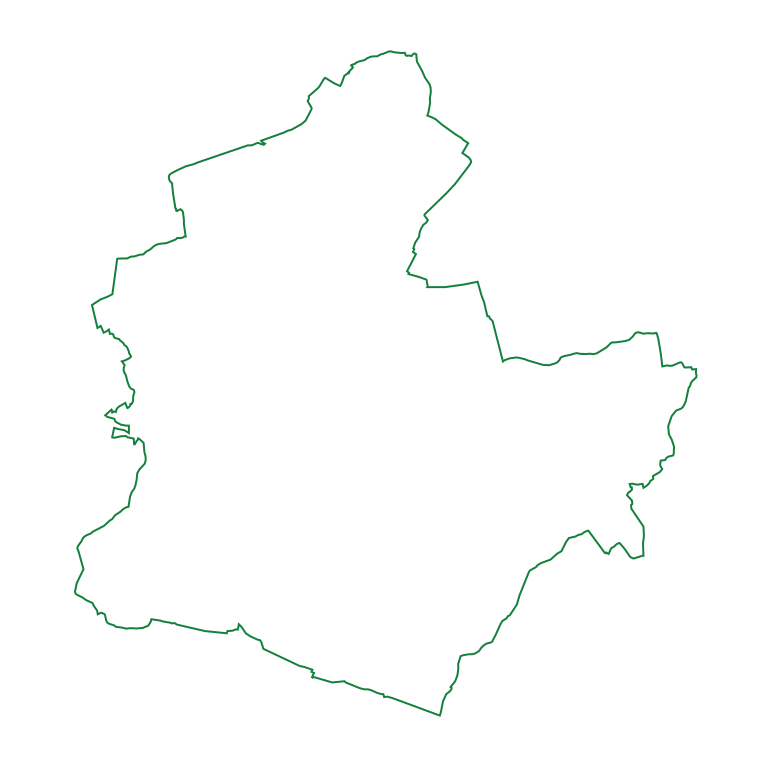 the district of Ivanesti, Vaslui, Romania, rotated 89°
{"feature_id": "2599482B31711586235741", "entity_name": "Ivanesti", "entity_type": "district", "adm_level": 2, "iso_a3": "ROU", "parent_name": "Romania", "parent_adm1": "Vaslui", "projection": "equal_earth", "projection_center": [27.444, 46.655], "detail": "fine", "context": "isolated", "style": "outline", "palette": "green", "viewbox_px": 768, "rotation_deg": 89, "n_neighbors": 0, "source": "geoboundaries", "source_scale": "gbopen_adm2", "svg_char_len": 6088}
<svg xmlns="http://www.w3.org/2000/svg" viewBox="0 0 768 768"><g transform="rotate(89 384 384)"><path d="M609.3,674.2L607.8,671.1L607.8,670.4L609.1,667.7L610.0,667.0L615.6,665.9L617.6,664.9L618.7,663.6L620.8,657.7L622.1,656.3L623.0,650.1L624.1,646.1L623.7,642.0L624.1,635.7L623.7,629.6L622.1,625.2L621.3,623.7L617.0,621.1L615.1,620.7L616.7,611.5L617.6,609.1L618.6,603.9L618.6,602.7L619.6,600.6L619.4,597.4L620.9,595.4L627.9,567.3L630.5,545.6L628.3,544.8L628.0,539.8L626.8,536.4L627.0,534.4L621.7,533.3L624.5,530.6L631.0,526.4L634.2,521.6L637.4,514.8L638.0,512.4L640.2,511.1L646.7,509.2L664.5,473.2L665.5,468.7L668.4,460.6L670.5,461.5L671.7,459.0L675.9,461.1L676.4,460.5L675.9,459.0L681.5,441.0L680.5,428.7L681.9,427.2L687.8,413.2L688.9,409.1L689.0,405.4L689.7,402.7L692.6,396.5L694.0,392.2L694.1,390.1L697.0,389.3L696.6,386.4L698.1,381.3L716.5,334.0L712.9,332.8L702.5,330.6L695.2,327.2L692.6,323.7L690.1,321.8L688.9,321.7L688.1,322.7L682.7,318.2L679.6,316.8L676.2,315.6L670.3,314.7L665.1,314.7L657.5,312.2L656.6,309.8L655.7,304.1L655.7,300.1L654.8,297.2L652.7,293.7L648.9,290.9L646.8,288.5L645.4,286.1L644.3,281.6L643.5,280.4L636.7,276.7L625.7,271.5L622.9,269.7L620.6,265.7L618.2,264.0L617.5,262.3L606.8,255.0L597.5,252.1L574.7,242.5L572.8,241.1L569.8,235.3L567.6,233.3L565.6,229.7L562.5,220.6L556.6,213.7L554.3,209.5L545.1,204.7L541.2,201.8L539.9,195.4L538.2,192.1L537.7,189.2L535.7,186.4L534.2,183.0L534.2,182.2L556.8,166.1L556.4,164.9L557.1,164.5L556.8,164.0L557.8,162.4L552.1,159.6L550.7,157.0L547.8,153.7L547.1,151.2L553.3,146.1L561.3,140.8L562.6,138.3L562.8,137.2L560.2,128.5L560.3,127.6L548.1,127.8L540.6,126.8L531.2,127.0L512.9,138.9L509.4,139.1L508.2,137.8L504.9,138.1L499.4,143.0L496.7,141.5L495.8,139.8L493.8,137.9L491.6,138.1L491.5,139.2L488.3,140.1L488.0,137.6L489.1,132.6L488.4,127.2L492.3,126.4L490.7,123.6L488.1,120.7L485.8,119.6L483.7,116.5L480.7,116.6L476.8,109.7L473.8,107.3L471.0,109.0L468.9,109.3L465.4,108.6L465.0,104.3L462.7,102.8L461.5,100.7L460.5,96.3L459.3,95.6L451.8,95.1L444.6,97.3L439.5,99.9L431.3,100.6L421.3,97.0L416.2,92.9L415.4,91.8L413.9,87.5L412.5,85.8L409.9,84.1L406.3,82.5L393.3,79.5L391.1,77.9L388.4,77.1L386.8,76.1L382.7,71.6L380.7,71.4L378.2,72.0L374.6,71.7L374.8,75.7L372.6,76.5L372.8,82.6L372.4,83.5L368.4,85.5L367.5,86.5L367.6,87.9L370.6,95.0L370.9,98.1L370.3,100.1L371.3,105.4L358.7,106.7L344.0,108.9L338.5,110.3L337.6,111.0L338.2,113.5L337.8,119.6L338.2,123.9L336.8,128.3L336.8,130.1L337.7,132.1L341.0,134.5L344.1,138.1L345.2,141.7L346.4,151.3L346.4,155.1L347.2,156.7L351.2,160.8L357.1,170.8L357.8,174.2L357.3,177.5L357.6,181.8L357.2,187.6L356.5,190.5L356.8,192.7L358.0,196.7L359.2,203.1L360.2,206.1L361.1,207.2L362.8,207.9L365.4,210.3L366.7,213.6L368.1,218.6L367.6,225.0L362.9,239.9L361.7,242.7L360.0,249.2L359.8,251.5L360.5,257.7L362.3,262.9L363.6,264.7L323.1,274.3L321.5,275.6L320.5,276.9L318.1,277.9L318.0,279.5L304.0,282.5L297.7,284.8L283.4,288.6L285.9,302.1L288.2,321.0L287.9,339.0L287.3,338.6L280.4,339.7L277.6,347.2L274.5,357.6L273.2,357.0L271.7,359.0L254.6,349.8L252.6,352.7L249.7,351.4L249.0,352.3L243.4,350.5L237.6,346.5L232.7,345.6L229.1,344.1L225.5,341.9L223.6,339.1L220.8,337.3L216.3,340.6L215.2,340.5L194.5,318.4L185.4,309.6L167.0,295.0L164.1,293.2L162.8,293.1L161.1,293.7L159.2,295.1L154.4,301.6L144.6,295.6L141.3,300.6L139.7,301.8L136.1,307.5L126.2,320.9L120.2,327.7L118.0,331.9L116.4,336.0L113.1,334.8L103.9,333.0L99.7,333.2L92.9,332.1L88.6,332.2L84.8,333.4L78.3,337.7L72.0,340.3L62.1,345.5L54.8,346.0L54.0,347.9L54.6,349.0L56.5,350.6L56.0,353.7L56.3,355.7L55.4,356.7L53.2,357.4L53.4,360.4L52.6,367.6L51.5,371.5L51.7,373.6L53.9,379.2L54.1,380.9L56.2,385.0L56.3,390.3L56.8,392.3L58.1,395.3L59.8,397.9L61.1,403.5L62.4,406.4L63.1,406.9L64.5,411.1L64.9,411.3L66.0,410.0L67.1,409.6L71.6,414.0L72.1,413.5L72.7,413.9L72.4,414.4L75.2,418.3L82.5,421.0L85.3,422.7L82.4,428.7L76.8,437.5L78.1,438.9L85.1,443.2L87.0,444.8L94.8,454.1L97.7,454.2L99.8,455.4L106.6,451.6L107.8,451.6L119.3,457.8L122.9,462.2L128.4,472.7L128.9,475.4L130.8,479.5L138.6,502.6L140.8,500.6L141.6,498.8L142.7,499.9L142.2,502.1L140.8,505.4L140.9,506.7L143.0,511.9L143.1,516.3L159.3,566.5L160.9,570.5L163.0,578.7L166.7,587.1L170.0,593.5L171.5,595.1L173.9,595.6L177.0,594.8L179.7,592.4L189.9,591.6L204.6,589.5L205.2,588.9L207.0,588.8L207.5,587.7L206.9,587.1L205.7,584.3L207.6,582.5L208.8,582.0L216.2,581.2L220.5,581.3L233.1,579.7L232.9,580.8L233.9,582.3L234.6,584.4L234.4,587.7L234.6,588.5L235.8,589.6L239.3,598.9L240.0,606.5L240.8,609.2L242.1,611.5L245.3,615.3L247.7,619.8L250.2,622.3L250.5,625.9L252.1,631.6L252.2,634.7L254.0,638.8L253.9,647.1L254.3,648.6L289.5,654.0L291.8,658.6L294.4,665.7L299.9,674.6L323.0,669.5L321.0,666.2L327.8,663.4L326.2,660.0L324.7,658.2L329.1,657.1L328.9,655.1L329.7,653.9L332.1,653.2L333.3,652.2L334.5,648.0L335.5,647.4L338.8,643.7L340.7,642.9L341.4,641.4L343.2,640.1L347.1,638.5L348.2,638.5L351.9,636.5L352.5,636.6L353.9,638.3L356.2,643.3L356.8,645.7L360.6,643.0L363.6,644.0L365.9,644.1L368.3,643.3L370.5,642.0L377.1,640.5L382.2,638.7L384.3,637.0L385.2,634.8L385.9,634.0L387.8,633.7L392.0,635.0L396.8,635.2L399.6,636.7L399.5,637.9L401.6,638.3L403.6,640.7L403.5,641.1L398.4,643.0L402.2,649.8L404.4,651.8L407.3,652.6L406.8,654.1L407.0,655.0L407.7,655.7L407.8,656.3L406.0,656.4L404.9,656.9L410.4,663.3L412.1,661.1L414.0,654.5L414.6,653.9L416.1,653.7L417.5,652.4L420.1,647.6L421.1,642.8L421.2,639.8L428.6,639.9L425.6,644.5L424.3,651.0L423.1,654.6L432.5,656.7L433.1,654.8L431.7,647.9L431.5,642.9L432.8,641.4L434.2,635.2L439.9,634.9L439.9,634.2L436.9,632.5L435.2,631.0L434.1,630.8L434.8,629.4L438.7,625.4L448.3,624.7L451.9,623.7L456.3,623.6L459.6,624.7L465.1,630.0L468.8,632.2L475.4,633.0L480.6,634.2L484.2,635.5L487.6,638.0L491.9,639.8L502.3,641.6L502.9,644.1L504.3,646.6L507.4,650.2L510.4,655.0L514.6,658.4L515.3,660.0L521.0,666.5L526.6,677.8L528.1,679.3L530.2,684.4L531.7,686.6L532.7,687.6L536.2,689.4L540.5,692.7L541.9,693.3L543.0,693.5L546.6,692.2L563.9,687.7L577.8,694.7L586.4,696.6L588.2,696.0L589.2,694.9L592.1,689.3L595.0,685.4L597.8,679.4L601.6,677.5L605.5,674.8L609.3,674.2Z" fill="none" stroke="#15803d" stroke-width="2"/></g></svg>